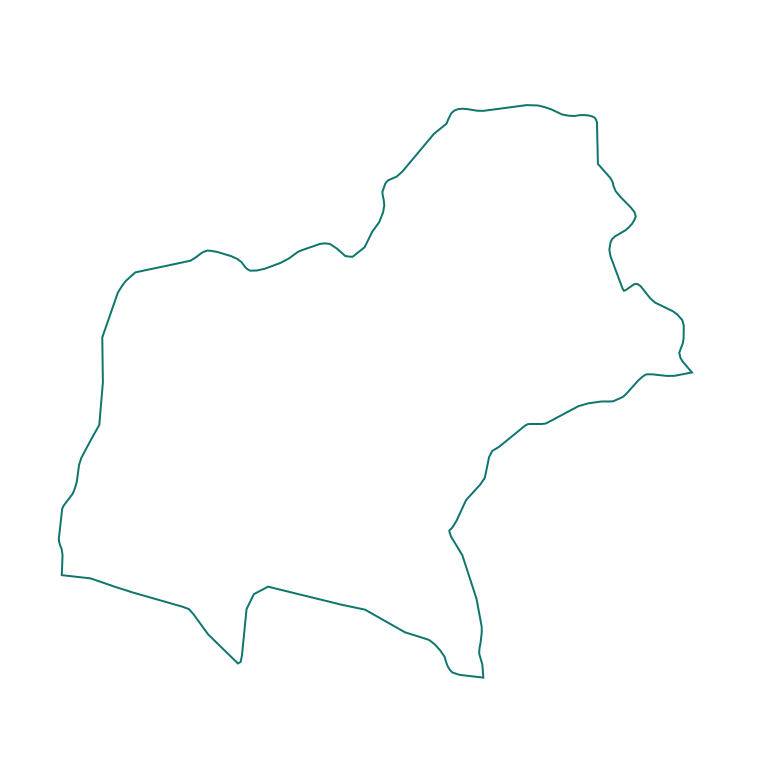 outline of Kâmpóng Spœ, rotated 97°
{"feature_id": "KHM-1787", "entity_name": "Kâmpóng Spœ", "entity_type": "Province", "adm_level": 1, "iso_a3": "KHM", "parent_name": "Cambodia", "parent_adm1": "", "projection": "albers", "projection_center": [104.227, 11.598], "detail": "fine", "context": "isolated", "style": "outline", "palette": "teal", "viewbox_px": 768, "rotation_deg": 97, "n_neighbors": 0, "source": "natural_earth", "source_scale": "10m", "svg_char_len": 2445}
<svg xmlns="http://www.w3.org/2000/svg" viewBox="0 0 768 768"><g transform="rotate(97 384 384)"><path d="M193.3,409.0L185.3,407.2L183.3,406.3L181.1,404.4L176.6,396.7L170.8,391.6L129.7,365.0L117.9,353.6L113.3,352.4L107.5,350.4L105.5,348.9L103.7,347.0L102.1,343.7L101.2,339.8L101.0,334.9L101.4,324.8L100.8,318.7L89.8,276.4L88.8,265.2L89.5,258.8L91.0,251.5L94.8,240.1L95.2,232.8L94.7,227.2L93.4,222.9L92.7,218.4L92.5,214.0L93.0,210.1L93.7,207.9L94.7,206.6L95.9,205.8L98.4,204.5L139.5,198.5L151.6,184.8L153.5,183.2L156.6,181.2L158.8,180.7L164.2,177.7L169.8,171.8L178.8,160.4L183.1,156.2L187.0,154.5L190.5,155.5L194.6,157.2L198.6,160.0L202.0,163.1L209.4,172.8L212.5,175.3L216.4,176.5L223.2,176.7L229.5,174.8L260.3,158.8L262.2,157.2L261.3,155.5L254.5,147.9L253.8,144.8L255.5,141.4L266.8,129.9L270.2,124.8L276.5,106.4L279.3,101.3L284.3,95.7L289.4,93.6L302.1,92.2L306.9,92.3L317.0,94.8L322.0,92.9L325.4,90.2L335.0,79.8L340.4,96.4L341.5,103.8L341.7,118.6L342.2,123.3L342.7,125.3L345.4,128.5L349.8,132.3L364.5,142.5L367.4,145.0L368.2,146.0L373.4,154.8L374.9,166.2L378.3,178.9L382.3,188.3L403.5,218.6L404.5,222.8L405.9,234.4L406.4,236.5L408.3,239.1L432.5,262.3L437.2,268.4L443.7,270.8L464.8,272.5L471.9,276.1L488.5,287.9L490.4,288.8L510.8,295.3L517.2,298.2L518.8,299.2L521.4,301.3L523.6,300.7L527.2,298.9L544.4,285.4L585.9,266.0L613.2,257.4L618.7,256.7L629.3,256.6L633.6,257.0L637.9,256.9L640.4,256.5L650.5,252.2L663.3,249.6L663.5,273.5L662.0,281.0L659.4,284.0L656.5,286.3L653.0,288.2L647.4,290.6L641.8,295.5L636.3,301.8L634.0,305.5L632.4,308.6L627.9,332.9L610.3,375.3L608.2,399.8L599.3,474.4L608.4,487.5L624.2,493.0L670.8,491.9L677.3,492.4L679.2,494.9L653.9,528.1L636.0,544.8L631.3,550.0L629.7,556.4L621.7,607.1L618.4,624.7L612.7,651.7L613.0,680.5L593.1,682.2L586.7,684.0L583.3,686.0L579.6,687.4L577.4,687.9L547.2,688.2L543.9,687.2L530.6,679.5L524.8,678.0L518.4,677.0L501.4,676.8L494.2,675.4L474.9,668.0L459.3,661.6L416.8,663.2L372.1,669.3L325.8,659.3L318.2,655.8L313.0,652.7L303.5,644.4L285.2,591.1L281.4,586.4L276.2,581.0L275.0,579.4L273.1,575.8L272.9,571.7L273.3,565.4L275.7,551.5L277.7,545.0L280.3,540.4L284.8,536.1L286.7,533.6L287.8,530.7L287.0,524.5L284.1,516.3L276.3,501.3L271.0,493.7L263.4,485.6L261.3,482.0L252.7,464.5L251.6,459.7L251.6,454.7L255.2,447.5L261.7,438.0L261.8,434.0L261.5,430.6L250.6,419.9L234.2,414.2L224.0,408.5L213.6,405.8L206.7,405.5L202.1,406.5L196.1,408.5L193.3,409.0Z" fill="none" stroke="#0f766e" stroke-width="2"/></g></svg>